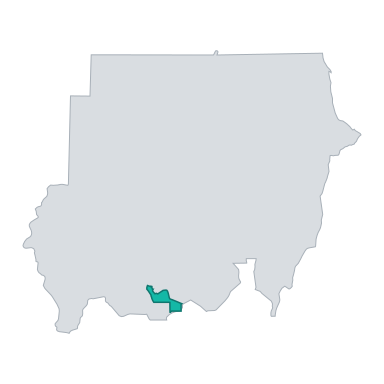 Al Dibab, South Kordufan, Sudan shown in context
{"feature_id": "16777658B84287593257313", "entity_name": "Al Dibab", "entity_type": "district", "adm_level": 2, "iso_a3": "SDN", "parent_name": "Sudan", "parent_adm1": "South Kordufan", "projection": "orthographic", "projection_center": [28.672, 10.319], "detail": "fine", "context": "in_parent", "style": "filled", "palette": "teal", "viewbox_px": 384, "rotation_deg": 0, "n_neighbors": 0, "source": "geoboundaries", "source_scale": "gbopen_adm2", "svg_char_len": 4530}
<svg xmlns="http://www.w3.org/2000/svg" viewBox="0 0 384 384"><path d="M275.2,316.2L271.3,316.3L270.9,315.4L270.9,312.8L271.3,310.9L272.7,307.9L272.3,306.2L272.5,303.8L271.4,301.2L262.0,293.5L260.2,291.4L255.2,289.5L256.0,287.3L253.8,271.5L254.7,269.6L255.0,266.8L254.9,264.4L256.0,260.3L256.1,258.6L246.3,258.6L246.2,260.3L246.7,262.3L246.7,263.1L233.1,263.3L238.6,269.5L238.9,272.2L238.6,275.6L238.7,277.8L239.1,279.2L240.6,282.0L240.5,282.5L240.1,283.2L230.5,291.6L228.9,295.5L227.7,297.5L224.9,300.9L216.1,309.9L214.6,310.5L207.8,310.8L207.2,311.1L206.6,311.5L206.3,311.4L200.5,306.2L190.7,300.0L184.3,303.3L182.5,304.5L182.5,307.5L181.5,309.0L179.8,310.7L175.0,311.8L172.5,312.7L169.5,314.4L166.6,317.2L166.4,318.7L166.7,320.0L150.2,320.0L149.1,318.9L146.7,314.2L145.1,314.5L130.0,313.9L127.9,314.4L123.6,316.3L121.4,316.6L119.2,315.7L111.3,306.4L109.6,305.3L107.9,303.0L106.2,302.1L105.6,301.3L105.4,300.4L105.5,298.3L105.0,297.1L103.7,296.7L93.1,298.8L91.6,298.5L89.4,298.9L88.6,299.3L87.7,300.5L87.5,303.0L87.2,304.3L86.4,305.6L83.3,308.8L82.6,310.1L82.7,313.6L82.5,315.3L82.1,316.1L80.7,317.4L80.2,318.2L79.7,322.6L78.0,325.3L77.6,326.2L77.5,328.1L77.2,328.7L72.4,330.2L70.6,331.1L69.4,332.6L69.2,333.3L67.1,332.7L64.5,332.3L59.5,331.7L57.5,331.0L56.6,329.9L56.9,327.2L56.4,326.7L55.6,326.2L55.1,325.0L55.2,323.6L57.9,320.5L58.5,318.9L59.3,311.1L59.1,308.8L57.1,304.4L52.4,296.8L51.3,295.3L45.4,289.0L44.7,288.1L43.3,285.4L45.0,279.7L45.2,278.1L44.8,276.5L43.3,275.3L41.9,275.1L40.2,273.5L39.1,272.8L38.1,271.4L37.4,269.5L38.1,262.8L37.7,261.9L36.2,261.6L35.9,261.1L36.0,259.8L35.2,256.0L34.4,252.8L34.9,251.1L33.7,248.6L31.3,247.6L26.5,248.2L25.1,248.1L24.1,247.6L23.4,246.7L23.0,245.7L23.4,244.1L24.8,241.3L26.6,239.0L30.0,236.9L31.0,235.8L31.5,234.5L31.7,233.1L31.5,231.5L31.1,230.1L30.2,228.3L29.3,226.1L29.3,224.6L29.8,223.6L30.7,222.3L34.2,219.9L37.7,217.9L38.3,217.2L38.1,216.3L36.6,214.6L36.2,211.3L35.3,209.0L37.1,207.3L38.4,206.7L40.5,206.2L41.3,205.5L41.6,204.1L41.5,202.8L42.3,201.8L43.3,199.7L44.1,198.8L46.8,196.4L47.4,194.8L47.7,193.2L47.1,188.6L48.6,186.7L50.6,185.1L53.4,185.3L57.7,185.0L60.7,184.4L62.8,184.4L67.6,185.3L68.1,185.0L68.4,183.8L70.5,95.9L90.0,96.1L91.2,54.8L212.6,55.0L213.6,54.9L215.5,51.0L216.3,50.7L217.5,51.0L218.0,51.9L217.0,55.0L322.5,53.2L323.0,57.8L324.1,61.6L327.3,66.9L330.0,69.7L331.0,71.3L331.2,72.0L331.1,72.7L330.3,71.9L328.9,71.4L328.9,74.0L329.8,79.1L331.0,82.7L330.4,86.1L330.8,91.7L332.5,98.5L332.5,102.9L335.2,113.0L337.7,118.6L338.9,119.9L340.3,120.6L342.9,121.0L346.8,123.8L350.0,126.8L351.1,128.3L352.7,130.0L353.6,129.7L354.2,129.2L355.3,130.6L360.2,133.5L361.0,134.9L359.3,136.3L357.5,138.8L356.6,141.0L356.1,141.7L354.6,143.2L354.4,143.9L353.7,144.3L353.0,144.4L351.4,145.2L349.9,145.0L348.5,145.4L347.9,146.0L346.8,146.5L345.2,146.8L342.8,148.7L340.7,149.7L340.0,150.5L339.0,154.2L338.2,155.2L335.0,155.4L333.4,155.8L331.3,155.4L330.2,155.5L330.0,156.3L329.7,159.6L329.8,160.9L328.2,164.7L329.0,171.5L327.4,176.7L327.2,177.9L325.6,182.0L324.8,183.5L322.8,191.2L322.0,193.6L320.1,196.1L322.7,214.4L321.3,220.1L321.5,223.2L320.5,227.7L319.6,229.8L318.2,232.4L317.1,235.3L316.1,239.0L315.6,246.1L315.3,246.8L309.5,247.8L307.7,248.3L306.4,249.1L305.0,251.0L302.1,256.0L300.6,259.1L298.3,263.3L295.5,266.3L294.9,267.8L294.5,270.5L293.5,274.7L292.6,277.7L292.8,280.1L292.0,284.4L292.2,286.4L291.2,287.6L289.9,288.7L289.0,289.0L284.8,286.2L282.0,288.2L280.2,291.0L278.9,293.7L279.8,299.5L279.7,300.8L279.3,302.2L276.7,308.0L275.9,310.6L275.2,315.1L275.2,316.2Z" fill="#d9dde1" stroke="#a8b0b8" stroke-width="1"/><path d="M150.9,294.9L151.1,296.1L151.6,297.4L151.9,298.6L152.7,300.5L153.8,302.3L156.7,302.3L160.0,302.3L161.7,302.3L169.0,302.3L169.9,302.4L169.9,302.6L170.0,311.7L170.0,312.6L170.0,312.8L170.1,312.6L170.4,312.3L170.7,312.0L170.8,311.8L170.9,311.7L171.0,311.6L171.3,311.5L171.4,311.4L171.5,311.2L171.8,311.1L172.0,311.0L172.3,311.1L174.7,311.1L181.1,311.1L181.1,305.8L181.1,305.6L181.1,304.2L181.8,303.7L176.8,301.6L172.2,299.7L170.6,299.2L169.7,298.7L169.2,297.4L168.2,293.1L167.5,291.2L166.7,290.2L165.6,290.1L163.0,290.4L162.5,290.8L160.9,291.8L157.8,293.9L157.5,293.9L156.9,293.5L156.2,293.3L155.5,293.6L154.9,293.8L152.7,291.2L152.6,290.5L152.8,290.0L152.9,289.7L153.1,289.3L152.5,289.4L151.9,287.6L151.9,286.5L151.8,286.4L151.3,286.6L151.2,286.5L150.8,286.2L150.7,286.2L150.7,286.4L150.7,286.7L149.6,286.2L148.7,286.0L147.9,285.6L147.5,285.5L146.9,287.3L146.8,289.1L148.2,290.8L150.9,294.9Z" fill="#14b8a6" stroke="#0f766e" stroke-width="1.5"/></svg>